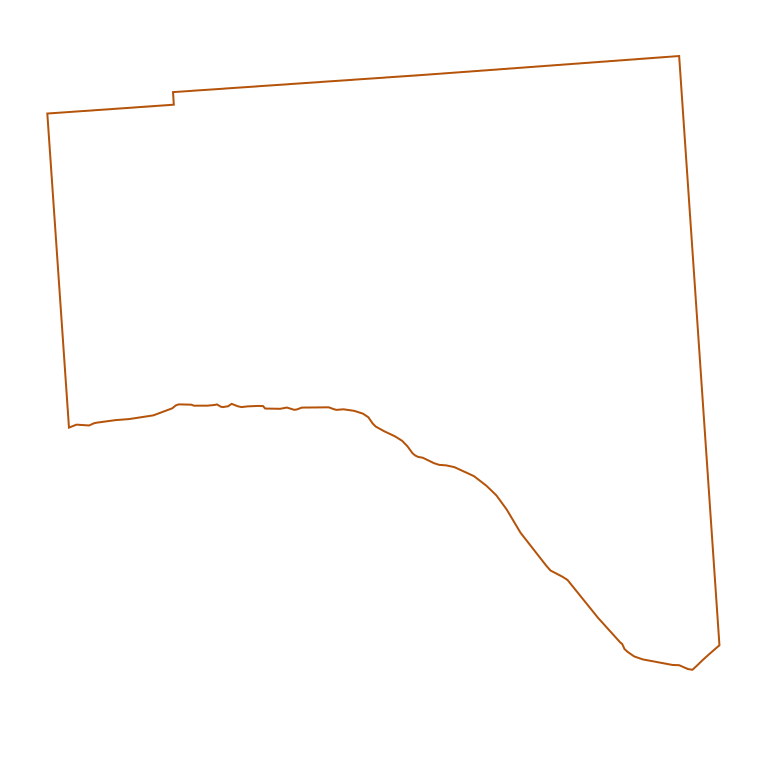 outline of Traverse, Minnesota, United States of America, rotated 266°
{"feature_id": "52423323B7501657464263", "entity_name": "Traverse", "entity_type": "district", "adm_level": 2, "iso_a3": "USA", "parent_name": "United States of America", "parent_adm1": "Minnesota", "projection": "mercator", "projection_center": [-96.623, 45.804], "detail": "fine", "context": "isolated", "style": "outline", "palette": "amber", "viewbox_px": 768, "rotation_deg": 266, "n_neighbors": 0, "source": "geoboundaries", "source_scale": "gbopen_adm2", "svg_char_len": 1157}
<svg xmlns="http://www.w3.org/2000/svg" viewBox="0 0 768 768"><g transform="rotate(266 384 384)"><path d="M689.6,448.4L689.9,193.9L677.3,193.8L677.3,67.0L362.5,66.7L364.9,74.4L363.2,86.9L365.1,92.1L365.5,95.2L366.7,113.8L366.8,127.4L368.8,151.7L374.5,171.0L377.2,174.9L378.0,177.9L376.8,190.4L375.6,193.0L374.7,206.2L374.9,213.7L375.3,215.9L372.7,219.7L372.2,221.6L372.7,227.1L373.7,228.6L374.8,230.7L372.0,236.6L370.9,240.2L371.2,246.3L370.9,257.2L370.4,261.8L367.8,263.8L366.5,278.7L367.3,285.4L364.5,292.7L364.7,295.4L366.2,300.3L364.6,327.3L362.5,331.9L361.5,334.8L361.6,341.8L359.3,352.4L355.9,360.9L351.9,366.1L345.6,369.8L342.1,372.8L336.9,380.8L331.0,391.3L326.1,398.1L320.3,403.0L313.1,407.5L310.6,410.0L308.9,412.9L307.8,417.4L301.6,428.2L299.5,433.4L298.5,440.3L296.2,448.3L285.8,467.3L275.3,479.1L265.1,488.3L250.3,497.6L226.1,509.8L191.7,533.0L186.3,537.1L179.4,548.4L175.7,553.4L135.8,581.2L109.5,601.8L108.2,603.4L102.9,605.4L99.7,608.4L94.7,614.7L91.2,623.0L83.6,652.2L82.9,658.8L78.5,667.2L77.4,671.7L81.6,677.0L85.8,681.9L91.0,688.5L91.4,689.0L100.0,700.4L690.6,701.3L689.6,448.4Z" fill="none" stroke="#b45309" stroke-width="2"/></g></svg>